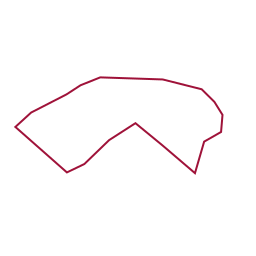 map outline of Sheema (orthographic projection), rotated 226°
{"feature_id": "UGA-5623", "entity_name": "Sheema", "entity_type": "District", "adm_level": 1, "iso_a3": "UGA", "parent_name": "Uganda", "parent_adm1": "", "projection": "orthographic", "projection_center": [30.327, -0.601], "detail": "fine", "context": "isolated", "style": "outline", "palette": "rose", "viewbox_px": 256, "rotation_deg": 226, "n_neighbors": 0, "source": "natural_earth", "source_scale": "10m", "svg_char_len": 371}
<svg xmlns="http://www.w3.org/2000/svg" viewBox="0 0 256 256"><g transform="rotate(226 128 128)"><path d="M207.0,47.7L206.4,69.1L194.9,107.1L191.7,123.6L183.7,143.2L138.8,186.7L104.7,207.9L86.8,208.3L71.8,205.1L60.5,192.2L65.3,173.3L49.0,144.8L91.7,140.7L126.3,136.7L132.4,106.1L132.4,71.6L138.5,53.2L207.0,47.7Z" fill="none" stroke="#9f1239" stroke-width="2"/></g></svg>